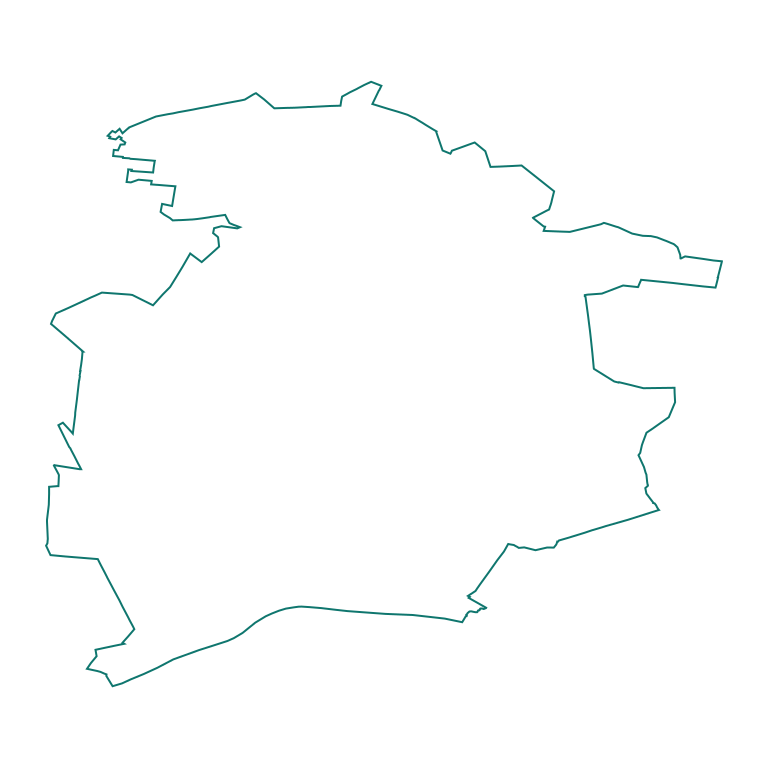 outline of Skrīveru pag., Skriveru, Latvia
{"feature_id": "27541924B66857212863076", "entity_name": "Skrīveru pag.", "entity_type": "district", "adm_level": 2, "iso_a3": "LVA", "parent_name": "Latvia", "parent_adm1": "Skriveru", "projection": "natural_earth1", "projection_center": [25.099, 56.672], "detail": "fine", "context": "isolated", "style": "outline", "palette": "teal", "viewbox_px": 768, "rotation_deg": 0, "n_neighbors": 0, "source": "geoboundaries", "source_scale": "gbopen_adm2", "svg_char_len": 5981}
<svg xmlns="http://www.w3.org/2000/svg" viewBox="0 0 768 768"><path d="M462.2,622.2L465.5,616.7L465.7,616.3L466.1,616.1L466.6,616.1L466.8,615.4L466.4,615.1L466.3,614.7L466.7,614.4L467.2,613.8L467.6,613.2L467.7,612.9L468.6,612.3L469.0,611.8L469.9,611.4L470.7,611.4L471.8,611.4L472.3,611.6L472.8,611.7L473.3,611.8L475.4,612.2L477.1,612.2L477.6,611.7L477.7,611.2L478.0,610.6L478.4,610.3L478.8,610.4L479.4,610.3L479.6,610.1L479.9,609.5L479.9,609.1L480.2,608.8L480.3,608.6L480.5,608.5L480.8,608.5L481.5,608.5L481.8,608.5L482.4,608.5L483.2,608.9L483.6,609.0L483.8,609.0L484.9,608.5L485.8,608.2L486.1,608.0L486.2,607.8L468.7,597.9L469.8,596.9L468.0,595.9L475.5,591.0L477.2,588.4L480.0,584.4L489.2,571.7L497.3,560.2L498.6,558.5L503.9,551.6L504.6,550.4L508.2,544.0L510.1,544.4L513.8,545.0L515.5,546.0L516.9,546.7L518.8,547.9L519.8,547.8L520.1,547.8L522.1,547.6L524.2,547.4L526.7,548.0L535.5,550.2L547.2,547.5L553.8,547.6L556.0,544.9L556.6,543.8L557.2,541.7L557.7,541.9L558.9,540.5L566.9,538.2L579.0,534.5L584.8,532.7L592.5,530.1L593.0,530.0L602.4,527.2L605.8,526.1L627.9,519.8L650.3,512.7L658.9,510.0L658.7,509.8L658.2,509.1L657.0,507.2L656.1,505.3L654.8,503.6L654.5,503.3L654.2,503.3L653.2,503.0L653.3,502.7L646.4,493.6L645.3,488.1L647.3,486.3L647.7,486.0L647.9,485.7L647.9,485.4L647.9,485.0L647.6,484.6L647.2,482.3L646.4,474.6L645.6,472.7L644.0,467.1L638.5,455.2L640.2,452.9L641.9,445.2L642.9,442.3L646.5,432.7L652.2,428.9L668.8,417.2L672.4,408.6L675.1,402.2L674.6,392.7L674.5,387.8L643.4,388.2L636.1,386.4L631.0,385.1L619.0,382.2L618.7,382.6L614.3,381.5L614.1,381.4L594.0,368.9L593.9,368.8L593.8,368.4L592.4,353.3L590.9,339.1L589.9,330.2L589.1,324.1L588.1,316.0L587.2,309.4L585.5,296.8L585.4,296.6L584.8,296.3L584.8,295.1L587.1,294.7L588.8,294.5L589.0,294.5L589.4,294.5L601.9,293.6L623.1,285.5L638.0,287.1L638.3,286.8L638.5,285.9L640.3,281.7L640.9,280.5L641.1,279.8L672.3,282.9L683.4,284.2L702.9,286.4L715.5,287.6L716.0,285.9L718.1,277.5L717.8,277.4L717.9,277.2L721.9,261.5L721.9,261.3L713.6,260.5L703.7,259.0L685.1,256.4L680.9,258.5L680.5,258.4L680.2,254.8L677.5,247.3L674.7,244.8L673.6,244.0L671.3,243.1L667.8,241.6L665.6,240.7L664.7,240.4L657.0,237.4L650.9,236.1L642.8,235.8L632.2,233.6L620.6,228.3L618.8,227.5L618.1,227.2L616.2,226.7L607.5,223.9L605.1,223.2L604.5,223.0L604.1,223.0L603.8,222.9L603.6,223.0L601.0,224.2L598.7,224.8L569.8,231.9L567.5,231.8L561.5,231.6L543.7,230.9L545.1,226.7L543.6,226.4L536.3,220.6L533.1,218.0L533.0,217.8L533.3,217.6L542.4,212.9L546.2,210.9L549.1,209.5L550.0,206.7L550.6,205.0L550.9,204.0L551.4,202.3L552.0,199.6L554.1,191.3L539.9,180.0L521.6,165.5L512.1,166.0L499.1,166.6L490.5,166.9L485.3,151.2L474.7,142.5L471.3,143.7L463.6,146.5L451.9,150.7L450.8,153.1L450.4,153.7L442.6,150.5L441.3,146.7L436.0,131.3L436.2,131.2L432.6,129.1L425.7,124.9L422.1,122.6L420.2,121.5L419.5,121.0L419.2,120.9L415.4,118.5L414.5,118.0L414.4,118.1L407.5,114.8L405.7,114.2L397.8,111.7L388.6,109.0L372.4,104.0L378.9,90.5L379.3,90.1L381.4,85.8L371.1,81.8L364.4,84.9L358.1,88.2L356.7,89.0L350.1,92.2L346.9,94.0L342.1,96.6L341.2,101.0L340.5,105.7L329.7,106.0L317.9,106.6L310.2,107.0L308.1,107.0L305.7,107.2L305.3,107.2L295.1,107.7L291.8,107.8L286.7,107.9L274.3,108.3L264.1,99.4L256.0,93.2L255.2,93.5L253.4,94.4L244.8,99.6L241.1,100.4L229.3,102.6L228.1,102.8L211.3,106.0L208.3,106.7L199.3,108.3L192.9,109.6L185.7,110.9L178.4,112.2L172.9,113.4L167.9,114.2L156.0,116.5L129.2,127.4L128.8,127.9L128.7,127.8L122.5,133.3L119.6,128.8L115.4,132.5L112.4,131.0L111.2,132.1L107.7,135.8L110.2,136.7L109.3,138.2L110.3,138.4L115.7,139.4L119.1,136.4L121.6,138.0L120.6,139.3L125.3,142.5L124.6,144.4L120.5,144.6L118.0,150.3L113.8,149.9L113.1,156.0L122.9,156.9L122.9,157.9L129.4,158.3L130.3,158.8L136.3,159.2L142.0,159.7L154.8,160.8L154.7,161.1L154.5,162.4L154.3,163.7L154.1,164.9L153.7,167.5L153.1,172.5L131.4,171.0L131.8,169.7L128.2,169.4L128.2,170.8L126.6,182.0L130.9,182.4L138.5,179.7L151.7,180.9L151.1,184.4L157.7,184.9L158.0,184.9L175.4,186.3L174.9,189.1L172.1,206.0L162.1,203.9L160.6,211.9L164.0,214.5L170.0,218.1L172.7,220.4L179.5,220.1L180.5,220.1L182.9,220.0L188.4,219.7L189.7,219.6L192.2,219.5L194.4,219.3L197.2,219.0L202.4,218.3L209.8,217.2L210.4,217.0L225.2,214.9L227.4,219.3L227.9,220.2L229.3,222.8L229.7,223.2L233.7,224.9L236.0,225.7L240.0,227.2L237.2,228.4L236.8,228.3L233.8,227.9L221.5,226.2L214.1,228.2L213.1,233.1L217.8,236.9L218.1,237.6L219.1,246.6L209.2,255.5L201.7,262.1L190.2,253.5L182.4,267.0L176.3,277.0L170.1,287.0L162.8,294.4L153.0,305.3L132.4,295.0L129.8,294.6L101.9,292.6L95.5,295.5L90.6,297.6L87.7,299.0L85.5,300.0L75.0,304.9L68.5,307.9L55.8,313.5L52.1,321.0L51.0,323.9L65.3,336.1L83.2,351.7L82.4,351.8L82.5,352.0L81.9,359.1L81.1,365.0L80.1,371.0L80.5,371.0L79.6,375.6L79.8,376.1L79.9,376.7L79.7,377.3L79.3,380.1L79.1,380.2L78.1,388.9L76.9,399.6L75.2,412.9L75.2,413.9L75.1,415.6L72.8,433.6L71.9,432.5L62.9,422.7L58.4,425.2L69.2,447.0L70.5,448.5L70.7,449.2L74.3,456.0L78.5,464.3L79.0,465.1L81.1,469.2L79.7,469.2L55.0,465.3L54.3,465.1L53.9,465.5L54.4,466.5L55.6,468.7L58.6,474.3L58.9,475.2L58.6,482.2L58.4,486.1L57.7,486.1L49.1,486.8L49.1,492.1L49.1,494.0L48.8,504.8L47.0,519.8L47.0,521.7L47.5,532.4L47.6,534.8L47.8,539.1L47.7,539.7L47.4,543.3L46.1,545.7L50.5,555.1L65.6,556.5L75.4,557.3L97.8,559.1L100.6,564.7L104.6,572.3L106.9,576.8L107.3,577.7L111.3,585.2L114.0,590.3L119.5,600.5L122.0,605.6L122.9,607.4L123.5,608.5L128.1,617.2L129.7,620.4L133.1,626.7L134.3,629.2L128.0,636.6L124.3,640.7L123.0,642.2L122.5,642.8L124.2,643.8L114.8,645.7L103.9,648.0L95.5,649.8L96.6,656.2L90.8,663.2L87.0,668.8L97.2,671.0L100.5,671.9L104.3,673.6L106.5,674.4L106.4,675.6L106.3,675.9L112.6,686.2L122.0,683.4L130.7,679.4L143.8,674.0L157.1,667.9L173.3,659.4L199.0,650.1L212.2,645.9L224.3,642.0L227.4,641.0L233.9,638.1L242.6,632.9L255.2,622.7L265.7,616.3L271.9,613.5L279.0,610.7L285.9,608.6L294.1,607.3L298.6,606.7L301.6,606.6L309.3,607.1L321.3,608.1L335.7,609.8L347.5,611.1L369.1,612.7L385.5,613.9L412.8,615.0L444.8,618.6L462.2,622.2Z" fill="none" stroke="#0f766e" stroke-width="2"/></svg>